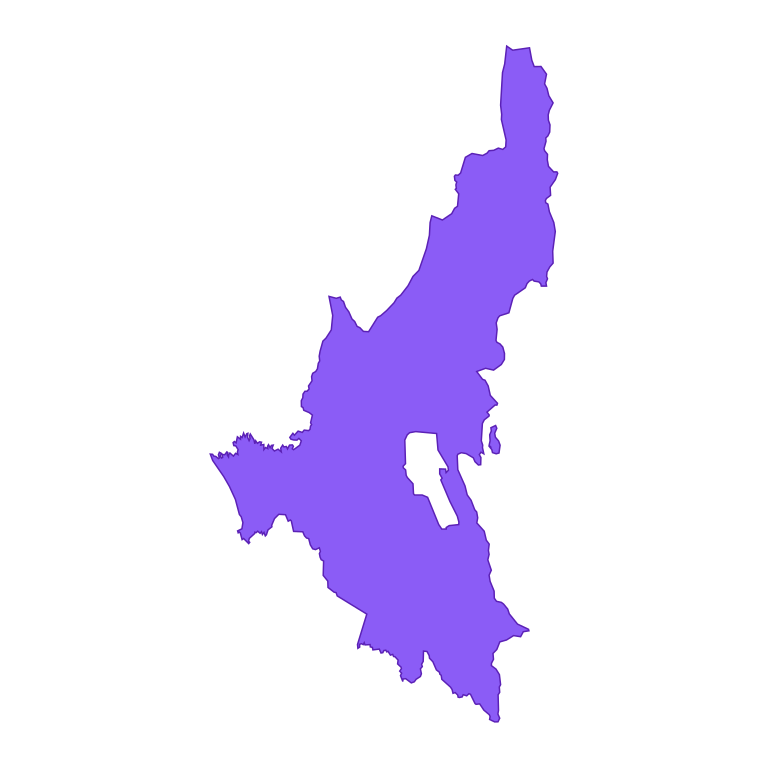 outline of Tapanuli Selatan, Sumatera Utara, Indonesia
{"feature_id": "22746128B22210082667393", "entity_name": "Tapanuli Selatan", "entity_type": "district", "adm_level": 2, "iso_a3": "IDN", "parent_name": "Indonesia", "parent_adm1": "Sumatera Utara", "projection": "equal_earth", "projection_center": [99.254, 1.551], "detail": "fine", "context": "isolated", "style": "filled", "palette": "violet", "viewbox_px": 768, "rotation_deg": 0, "n_neighbors": 0, "source": "geoboundaries", "source_scale": "gbopen_adm2", "svg_char_len": 6097}
<svg xmlns="http://www.w3.org/2000/svg" viewBox="0 0 768 768"><path d="M506.7,46.1L504.7,63.9L502.5,72.6L500.6,105.2L501.7,114.4L501.4,119.5L506.1,140.0L505.7,146.9L502.8,149.4L498.3,148.1L493.8,150.3L489.1,150.7L487.0,153.2L482.7,155.5L472.0,153.5L465.4,157.3L460.6,173.0L458.2,175.2L455.4,175.0L454.4,176.3L454.9,180.4L456.7,182.0L455.9,184.9L456.3,188.4L455.3,189.3L458.7,193.8L457.5,206.3L454.6,208.3L451.7,213.7L442.4,220.0L431.8,215.8L430.1,222.6L429.4,235.3L426.4,248.7L418.9,270.4L413.0,276.4L408.0,285.8L400.7,295.2L396.9,298.1L394.1,302.7L386.6,310.6L380.7,315.7L377.7,317.2L368.6,331.7L363.4,331.4L359.9,327.7L357.1,326.4L354.7,321.5L352.0,319.0L348.8,311.8L345.5,307.3L343.5,301.5L341.3,299.9L340.2,297.1L336.3,298.3L329.0,296.4L332.7,315.4L331.3,329.9L326.0,338.1L322.9,341.1L320.1,351.2L319.2,356.2L319.7,360.9L318.3,363.3L317.4,368.9L315.7,371.5L312.7,373.3L311.6,376.6L312.0,380.8L308.5,386.0L309.1,388.9L307.1,391.2L304.9,391.3L303.0,394.1L302.8,397.8L301.3,400.7L301.4,406.6L303.0,407.5L303.8,410.3L309.2,412.6L312.4,415.1L310.6,422.8L311.6,424.6L310.5,426.2L310.0,429.4L308.6,430.6L304.2,430.1L302.3,432.4L298.1,431.1L294.4,435.2L292.9,433.3L289.8,437.4L290.9,439.2L293.8,440.0L297.0,440.1L298.9,438.4L301.3,440.8L299.8,445.2L293.6,449.7L292.3,448.8L293.4,446.3L292.4,444.9L289.5,445.1L287.5,448.9L286.4,446.5L283.9,446.9L282.7,445.1L280.7,448.2L281.3,451.9L278.1,449.2L274.4,451.0L272.0,448.4L273.2,445.1L271.4,445.4L270.1,447.7L268.5,444.7L267.6,446.2L267.8,448.6L265.6,447.5L263.9,449.6L263.8,444.5L260.7,445.1L261.5,442.2L259.6,441.8L257.4,443.3L255.7,440.8L254.8,443.8L254.0,439.9L250.3,434.0L249.6,435.6L250.0,438.7L249.1,440.6L247.5,437.1L247.9,433.3L246.8,433.7L245.1,437.0L243.6,433.1L242.1,437.5L240.6,436.4L240.5,439.2L237.4,436.8L236.1,442.8L234.4,441.5L233.1,442.6L233.8,445.6L235.8,445.9L238.1,449.6L237.4,452.1L237.9,454.5L235.6,453.3L233.4,456.1L229.9,453.0L228.7,454.6L228.5,456.9L227.2,454.9L227.8,452.6L226.9,451.9L224.7,454.7L222.4,454.5L222.6,457.5L221.5,458.0L220.2,456.1L221.6,453.5L219.4,452.3L218.4,454.8L219.4,458.0L218.4,458.6L215.9,456.5L213.7,456.0L212.6,454.3L210.3,454.1L212.7,460.5L223.7,476.5L229.4,486.4L235.4,499.4L239.4,514.5L241.2,516.7L242.9,522.6L241.9,528.8L237.6,530.9L238.2,532.8L239.2,532.0L240.3,533.0L242.1,539.6L243.6,538.5L248.7,543.6L249.7,542.3L248.6,541.2L249.3,538.4L254.7,533.5L254.9,532.2L256.2,532.6L257.7,531.2L260.1,533.3L261.5,531.7L262.4,534.5L264.0,532.4L265.3,535.9L266.4,534.8L268.0,529.9L271.9,526.8L271.7,525.2L274.5,518.6L278.8,514.3L285.5,514.7L288.2,521.2L290.4,520.0L291.3,520.9L293.6,531.4L302.8,531.8L304.5,535.8L306.5,538.0L308.7,538.6L310.3,544.8L312.7,548.8L315.5,549.6L319.3,547.8L320.4,551.3L319.4,553.6L320.1,557.2L321.2,559.7L323.6,561.0L323.2,575.4L327.8,581.1L328.0,587.5L334.1,592.2L336.1,592.6L337.2,595.9L366.8,614.1L357.5,644.5L357.9,648.3L359.7,647.1L359.6,644.3L361.5,643.7L363.2,644.6L364.2,642.7L365.0,644.9L370.1,644.6L370.3,646.9L372.4,647.4L372.9,649.9L379.3,649.1L381.0,653.0L382.8,652.7L383.9,650.5L385.8,650.2L386.8,651.9L388.0,651.3L390.4,655.1L392.7,654.4L393.6,656.5L395.0,656.7L398.1,660.1L397.6,663.9L401.1,667.2L401.4,668.7L399.7,671.1L401.6,673.2L400.5,675.6L402.8,681.5L403.0,679.0L405.7,678.7L411.3,682.9L414.3,681.8L416.1,679.3L420.4,676.5L421.4,673.8L420.4,668.8L422.3,666.6L421.6,664.2L423.2,661.4L423.5,651.1L427.0,651.5L429.2,655.7L429.5,658.2L432.9,661.8L436.4,669.9L439.5,672.3L439.8,674.1L441.2,675.3L441.8,679.3L450.5,687.1L452.1,689.6L453.0,693.3L455.2,692.6L457.7,695.0L458.1,697.2L459.4,697.5L462.2,696.9L463.2,694.7L466.7,695.8L468.9,693.7L470.5,694.3L475.0,703.5L476.0,704.3L479.7,703.9L483.9,710.2L489.3,714.7L490.1,716.6L489.6,719.5L494.7,721.9L498.0,721.8L499.7,718.2L497.9,714.0L498.5,710.3L498.1,694.8L499.7,692.3L499.3,687.0L500.6,684.7L499.4,674.6L496.0,669.1L491.4,665.6L491.5,663.2L493.5,659.3L493.0,653.4L496.8,649.5L499.8,641.9L506.5,640.0L513.6,635.6L520.6,636.7L523.3,631.7L528.9,630.8L528.5,629.3L517.5,624.1L509.3,613.9L507.7,609.1L503.6,604.1L501.4,602.4L496.5,601.3L494.3,598.2L494.1,591.1L490.1,581.3L489.1,575.2L491.3,570.2L487.8,559.8L489.1,554.4L488.4,550.5L489.2,544.1L486.3,540.2L484.2,531.2L476.8,522.9L477.7,517.8L476.7,512.0L474.7,509.7L471.1,500.3L467.2,494.9L465.0,485.9L457.8,469.7L457.2,455.7L457.9,454.2L461.3,452.7L466.2,453.6L473.3,457.8L475.0,461.7L478.4,465.0L480.7,464.7L480.9,457.5L479.3,454.6L481.0,452.2L483.8,453.8L482.5,447.7L482.7,445.1L481.3,440.8L482.4,423.5L484.3,419.8L489.0,416.1L489.2,415.0L487.0,412.1L495.1,405.0L496.9,405.1L497.5,403.3L490.3,395.4L488.2,386.0L485.0,380.2L482.5,379.3L476.7,371.5L485.6,368.3L493.6,370.1L501.3,364.5L504.4,359.5L504.5,353.5L502.8,347.1L500.0,343.9L496.9,342.3L496.0,340.4L497.1,329.3L496.2,322.9L498.0,317.8L499.7,315.8L508.9,312.8L512.8,298.5L514.6,295.2L525.3,287.8L527.0,283.6L529.4,281.0L532.5,279.5L534.1,281.1L538.9,281.9L540.8,284.0L541.3,286.1L546.5,286.1L545.9,282.6L547.5,278.8L546.6,276.4L547.0,272.0L549.8,266.9L553.1,263.1L552.7,251.2L555.3,231.5L553.8,222.5L549.4,211.8L547.9,204.1L545.7,202.7L545.4,200.5L546.4,198.5L550.6,195.3L550.1,187.2L555.4,179.6L557.7,173.3L556.9,171.9L553.6,171.9L548.5,166.4L547.3,159.9L547.5,154.3L544.6,150.7L544.0,148.6L546.0,141.4L545.8,137.9L547.8,136.0L549.7,132.1L550.0,124.9L548.4,120.2L548.2,114.9L549.4,110.2L553.1,102.9L548.8,95.7L547.0,88.3L544.6,83.9L546.5,74.2L541.0,66.5L534.2,66.6L531.8,60.2L529.5,47.8L512.7,50.2L506.7,46.1ZM415.7,431.6L436.6,433.5L438.0,450.0L448.0,466.8L448.4,470.2L446.1,472.6L445.5,469.1L439.7,468.9L439.7,473.9L442.1,478.2L440.8,479.9L450.0,501.6L457.3,516.1L458.9,522.1L458.7,524.6L449.2,525.6L446.2,527.5L446.3,529.0L441.8,529.1L438.7,524.5L427.6,497.3L422.2,495.0L414.5,495.0L413.5,493.7L413.0,483.8L407.4,477.6L406.2,475.4L405.6,469.9L403.3,467.8L403.1,466.2L405.5,463.7L404.8,440.0L407.2,434.9L409.6,432.7L415.7,431.6ZM495.6,425.5L490.9,427.7L491.3,431.0L489.7,434.8L490.1,440.8L489.1,445.4L490.4,446.7L489.5,446.7L491.8,449.7L492.5,452.6L496.2,453.8L499.0,453.0L500.1,445.2L498.6,441.0L495.4,437.2L494.7,433.2L496.8,428.3L495.6,425.5Z" fill="#8b5cf6" stroke="#5b21b6" stroke-width="1.5"/></svg>